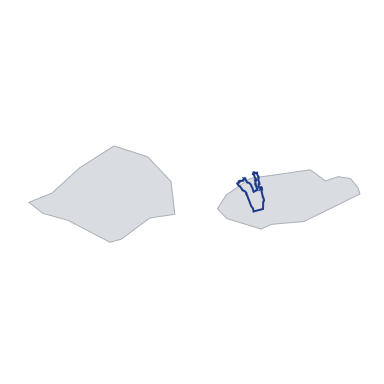 location of Sagaga le Falefa, A'ana, Samoa, rotated 334°
{"feature_id": "51752279B7891864282518", "entity_name": "Sagaga le Falefa", "entity_type": "district", "adm_level": 2, "iso_a3": "WSM", "parent_name": "Samoa", "parent_adm1": "A'ana", "projection": "robinson", "projection_center": [-171.867, -13.864], "detail": "fine", "context": "in_parent", "style": "outline", "palette": "blue", "viewbox_px": 384, "rotation_deg": 334, "n_neighbors": 0, "source": "geoboundaries", "source_scale": "gbopen_adm2", "svg_char_len": 4148}
<svg xmlns="http://www.w3.org/2000/svg" viewBox="0 0 384 384"><g transform="rotate(334 192 192)"><path d="M142.1,116.4L167.6,140.9L177.7,173.4L166.8,204.5L142.7,196.8L107.8,203.4L96.2,201.2L68.1,163.1L48.7,145.9L40.9,129.8L65.6,131.6L101.7,121.0L142.1,116.4ZM342.1,267.4L279.8,267.6L249.0,255.8L238.0,255.7L211.6,231.1L207.5,218.2L221.4,209.7L250.2,205.2L308.0,223.9L316.8,240.5L330.1,242.3L340.4,249.5L343.1,261.1L342.1,267.4Z" fill="#d9dde1" stroke="#a8b0b8" stroke-width="1"/><path d="M244.9,237.7L248.4,238.4L251.8,231.9L252.3,231.7L252.5,231.7L252.8,231.4L253.0,231.1L253.0,230.8L253.1,230.6L253.4,230.1L253.4,229.9L253.4,229.6L253.5,229.4L253.6,228.6L253.6,228.4L253.6,228.2L253.4,228.0L253.4,227.7L253.5,227.7L253.7,227.2L253.8,226.7L253.9,225.8L254.0,225.5L254.0,225.3L254.1,225.1L254.2,224.6L255.2,220.5L255.5,220.6L255.8,220.8L256.0,220.8L256.5,219.2L256.2,219.2L255.9,219.1L255.7,219.2L255.3,219.3L255.1,219.5L254.8,219.5L256.5,218.2L256.2,217.8L255.3,217.7L254.7,217.6L254.3,217.6L254.4,217.2L254.3,216.6L254.3,216.3L254.2,216.2L254.4,215.8L254.5,215.6L254.7,215.4L254.9,215.2L255.0,214.9L255.2,214.5L255.3,214.1L255.6,214.1L256.2,214.3L256.3,213.4L256.6,213.1L256.7,211.8L256.8,211.3L256.9,210.8L256.9,210.6L257.0,210.3L257.2,209.8L257.4,209.5L257.5,209.2L257.7,208.9L257.9,208.8L258.0,208.6L258.2,208.3L258.3,208.1L258.4,207.8L258.1,207.8L258.2,207.3L258.4,204.5L258.5,204.2L258.7,203.9L258.9,203.4L258.7,203.4L258.5,203.2L258.3,203.0L258.1,203.1L257.9,203.3L257.6,203.3L257.5,203.2L257.4,203.2L257.2,203.0L257.2,202.8L257.1,202.6L257.1,202.3L256.9,202.2L256.7,202.2L256.8,202.0L256.7,201.8L256.6,201.7L256.3,201.7L256.2,201.6L256.1,201.9L256.0,202.0L255.8,202.1L255.7,202.1L255.4,202.2L255.1,202.1L255.2,201.9L254.9,202.0L254.8,202.4L254.8,202.5L254.7,202.6L254.8,202.7L255.0,202.9L255.0,203.0L255.1,203.6L255.2,203.9L255.1,204.0L255.1,204.7L255.0,205.5L254.9,206.1L254.9,207.1L255.0,207.7L255.0,208.9L255.2,209.0L254.7,209.8L254.3,209.5L254.0,209.4L253.8,209.3L253.8,209.7L253.2,211.1L252.9,212.2L252.6,213.2L252.2,213.0L252.2,215.2L252.3,215.3L252.0,216.0L251.9,217.8L251.7,218.4L251.6,218.8L251.2,218.8L250.9,218.7L250.9,218.8L249.0,218.8L248.3,218.8L247.5,218.9L247.5,218.2L247.6,217.7L247.7,216.9L247.9,215.8L247.9,215.7L247.9,215.3L248.0,215.2L248.1,214.9L248.1,214.5L248.1,214.1L248.1,213.8L248.1,213.5L248.0,213.3L248.0,213.1L248.0,212.7L248.0,212.4L248.1,212.2L248.2,211.8L248.2,211.6L248.1,211.3L248.0,211.1L248.0,210.8L248.0,210.6L247.9,210.3L247.8,210.1L247.5,209.3L247.4,209.0L247.3,208.9L247.2,208.7L246.8,208.4L246.3,208.2L246.1,208.0L245.9,207.9L245.8,207.7L245.7,207.4L245.7,207.2L245.8,207.1L245.7,206.6L245.8,206.3L245.7,205.4L245.6,204.8L245.6,204.4L245.6,204.1L245.7,203.8L245.8,203.4L245.8,203.2L245.7,202.9L246.0,202.9L246.1,202.5L245.9,202.8L245.8,202.7L245.7,202.8L245.4,202.9L245.2,202.8L245.1,202.7L244.7,202.6L244.5,202.8L244.4,202.7L244.4,202.8L244.2,203.0L243.8,203.4L243.7,203.6L243.8,203.7L243.7,203.8L243.4,203.8L243.4,203.7L243.3,203.8L243.2,204.0L242.9,204.0L242.7,204.0L242.6,203.9L242.5,204.0L242.3,204.0L242.1,204.0L242.1,203.9L242.1,204.0L241.9,203.9L241.7,203.8L241.7,203.7L241.4,203.7L241.3,203.8L241.2,203.8L240.9,203.8L240.8,203.7L240.6,203.5L240.5,203.4L240.4,203.2L240.2,202.9L239.9,202.9L239.8,203.0L239.6,203.2L239.4,203.3L239.2,203.3L239.1,203.2L238.9,203.0L238.5,203.4L238.3,203.4L238.3,203.5L238.2,203.6L238.2,203.8L238.0,204.0L237.9,204.1L237.7,204.1L237.8,204.2L237.6,204.2L237.4,204.2L237.3,204.3L237.2,204.4L237.0,204.5L236.9,204.6L236.6,204.6L236.4,204.6L236.4,205.0L236.4,205.3L236.6,205.7L236.7,206.0L236.8,206.4L236.9,206.6L236.9,206.8L237.0,207.1L237.1,207.3L237.3,207.5L237.5,207.8L237.5,208.0L238.0,210.4L238.1,210.6L238.1,211.2L238.1,211.7L238.2,212.3L238.2,212.6L238.5,212.7L238.5,212.8L238.8,213.2L239.2,213.7L239.7,214.3L240.4,216.1L240.5,216.9L240.2,217.0L240.0,216.9L239.9,217.1L239.8,217.7L239.9,217.9L239.9,218.0L239.9,218.5L240.0,218.5L240.1,219.9L240.0,220.0L239.9,220.9L239.7,223.3L239.6,223.7L239.6,224.3L239.6,224.9L239.6,225.3L239.5,226.0L239.0,230.4L239.6,233.5L238.8,236.5L242.0,237.1L244.9,237.7Z" fill="none" stroke="#1e3a8a" stroke-width="2"/></g></svg>